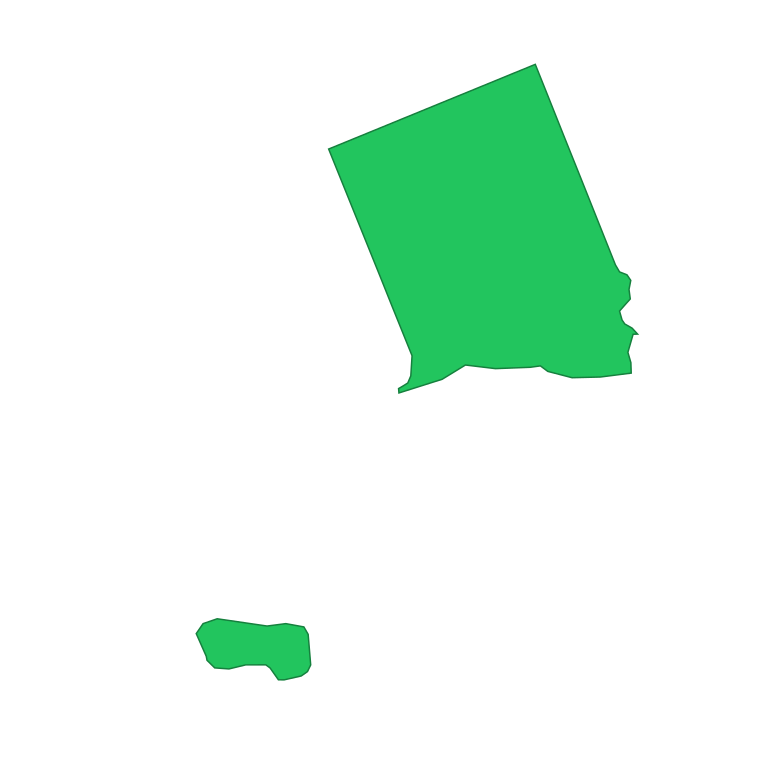 outline of Equatorial Guinea, rotated 248°
{"feature_id": "GNQ", "entity_name": "Equatorial Guinea", "entity_type": "country or territory", "adm_level": 0, "iso_a3": "GNQ", "parent_name": "Africa", "parent_adm1": "", "projection": "natural_earth1", "projection_center": [9.725, 2.359], "detail": "fine", "context": "isolated", "style": "filled", "palette": "green", "viewbox_px": 768, "rotation_deg": 248, "n_neighbors": 0, "source": "natural_earth", "source_scale": "50m", "svg_char_len": 976}
<svg xmlns="http://www.w3.org/2000/svg" viewBox="0 0 768 768"><g transform="rotate(248 384 384)"><path d="M622.6,420.7L622.8,465.0L623.0,502.4L623.2,542.9L623.4,585.1L623.6,620.9L623.7,644.0L589.9,643.9L545.0,643.7L500.1,643.6L455.1,643.4L432.6,643.3L407.7,643.2L399.7,644.4L394.2,650.2L387.6,651.6L379.9,646.6L370.6,644.2L368.1,639.1L363.4,629.7L354.2,628.7L349.5,629.7L342.8,635.0L335.3,637.8L336.8,633.6L322.0,622.0L311.3,620.9L301.5,617.3L309.4,587.3L319.4,560.7L334.3,540.6L342.2,535.8L344.7,525.9L356.5,493.1L371.1,466.6L366.6,439.7L370.1,394.5L374.3,395.8L374.9,400.0L376.0,406.4L381.5,411.9L399.7,420.6L453.7,420.6L486.0,420.7L533.7,420.7L584.2,420.7L622.6,420.7ZM194.1,116.4L198.2,117.2L222.9,116.4L229.6,126.5L228.8,141.4L203.4,184.9L198.6,203.2L188.8,218.7L180.3,219.9L151.0,210.8L146.0,205.3L144.3,197.9L147.1,180.6L149.3,175.3L163.4,172.0L167.9,169.2L175.4,150.5L177.9,133.5L184.2,120.7L194.1,116.4Z" fill="#22c55e" stroke="#15803d" stroke-width="1.5"/></g></svg>